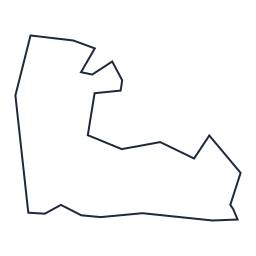 the border of Atua
{"feature_id": "WSM-4987", "entity_name": "Atua", "entity_type": "state/province", "adm_level": 1, "iso_a3": "WSM", "parent_name": "Samoa", "parent_adm1": "", "projection": "mercator", "projection_center": [-171.556, -13.962], "detail": "fine", "context": "isolated", "style": "outline", "palette": "slate", "viewbox_px": 256, "rotation_deg": 0, "n_neighbors": 0, "source": "natural_earth", "source_scale": "10m", "svg_char_len": 428}
<svg xmlns="http://www.w3.org/2000/svg" viewBox="0 0 256 256"><path d="M112.2,61.5L122.2,80.3L120.6,90.6L94.6,93.2L87.8,135.2L121.7,149.1L160.2,142.1L194.1,158.5L209.3,135.5L240.6,172.9L230.3,204.9L233.1,208.9L237.6,219.5L212.5,220.5L142.5,213.2L100.7,217.1L81.3,215.3L60.9,204.9L44.8,213.7L28.3,212.7L15.4,95.5L30.5,35.5L73.3,40.5L94.8,48.4L81.0,72.2L92.3,74.5L112.2,61.5Z" fill="none" stroke="#1e293b" stroke-width="2"/></svg>